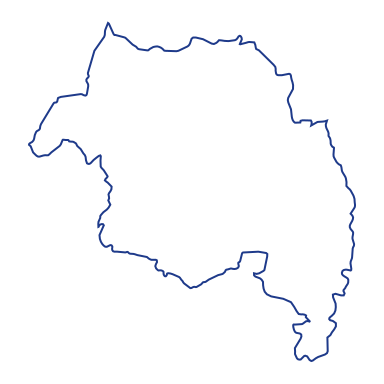 outline of Amhara
{"feature_id": "ETH-3109", "entity_name": "Amhara", "entity_type": "Administrative State", "adm_level": 1, "iso_a3": "ETH", "parent_name": "Ethiopia", "parent_adm1": "", "projection": "albers", "projection_center": [38.049, 11.266], "detail": "fine", "context": "isolated", "style": "outline", "palette": "blue", "viewbox_px": 384, "rotation_deg": 0, "n_neighbors": 0, "source": "natural_earth", "source_scale": "10m", "svg_char_len": 5920}
<svg xmlns="http://www.w3.org/2000/svg" viewBox="0 0 384 384"><path d="M85.3,95.6L86.3,95.2L86.9,93.9L88.2,86.4L88.2,84.8L87.9,83.8L86.4,81.1L86.4,79.6L87.1,78.4L88.1,77.5L88.7,76.5L88.7,75.9L88.0,74.2L87.9,73.0L94.4,50.8L104.2,36.8L104.8,34.9L105.0,31.1L105.3,29.8L108.0,23.0L108.9,23.7L113.5,33.9L114.4,35.0L115.5,35.0L124.1,37.3L125.4,37.8L132.6,44.6L136.2,46.8L137.8,48.7L139.0,49.2L146.7,50.3L148.0,50.4L148.9,49.8L149.7,49.0L153.3,47.0L155.2,46.6L157.2,46.4L158.9,46.8L160.8,47.6L162.5,48.8L164.2,50.6L165.1,50.8L176.4,51.2L178.4,50.8L187.4,46.5L188.5,45.7L189.4,44.6L190.0,43.4L191.6,38.7L193.2,37.5L195.7,37.5L203.0,39.2L211.7,43.6L213.9,44.0L216.1,43.0L217.3,42.1L219.0,40.2L221.4,40.4L224.7,40.9L228.5,41.1L234.9,40.2L236.3,39.5L237.3,38.4L238.6,36.4L239.7,35.8L240.4,36.0L241.1,36.8L241.6,37.9L241.8,39.4L239.8,44.1L240.2,44.3L245.7,42.9L248.3,42.1L249.6,42.0L254.3,42.4L255.3,44.9L255.8,47.8L256.2,49.0L258.9,50.3L273.6,64.8L275.3,66.9L275.7,69.0L275.6,70.3L275.8,71.9L276.1,73.5L276.6,74.4L277.4,75.0L278.6,75.2L281.9,75.2L289.1,73.8L290.3,74.3L290.9,75.6L291.2,77.7L291.7,79.9L292.5,82.3L293.1,85.2L293.0,89.0L288.2,97.9L287.8,100.1L288.3,102.5L291.0,109.3L291.8,116.7L292.1,118.2L292.7,120.0L293.7,121.6L294.8,122.6L295.4,122.7L300.3,122.5L300.6,120.8L302.6,120.3L310.9,120.5L311.5,121.6L311.7,123.0L311.5,124.4L311.2,125.5L317.2,122.1L317.9,121.9L322.6,121.6L324.9,121.3L327.0,120.6L326.0,123.8L325.8,124.5L325.9,126.2L326.4,128.1L328.1,131.6L328.6,133.4L328.5,135.2L328.6,136.1L329.8,137.8L330.2,138.8L330.6,140.8L330.7,143.7L331.0,144.7L331.8,146.0L332.3,146.7L333.9,147.6L334.0,147.9L333.5,154.4L333.6,156.3L334.1,157.6L336.4,161.8L337.6,163.2L339.0,164.4L340.8,165.3L341.4,167.2L341.9,170.7L342.5,172.2L345.3,176.8L345.9,178.4L346.5,182.1L346.4,186.0L348.4,188.2L349.7,189.3L350.7,190.6L353.4,195.5L354.0,197.2L354.5,199.0L354.7,202.2L355.0,204.6L355.0,205.8L354.8,207.0L354.3,208.0L350.6,213.7L352.3,215.5L353.1,217.3L352.9,219.1L352.2,220.9L350.3,224.3L349.8,225.7L349.8,227.2L350.6,229.0L352.7,231.5L353.1,232.4L353.1,233.9L352.5,237.2L352.5,238.8L354.1,244.1L353.9,245.8L353.1,247.3L352.7,248.6L352.1,257.2L351.9,258.4L350.7,261.5L350.5,263.4L351.3,268.7L351.2,270.0L350.7,270.5L346.8,269.7L345.2,269.7L343.6,270.1L342.5,271.0L341.9,272.7L342.0,274.0L342.8,275.2L344.3,276.3L346.3,277.5L347.7,278.5L348.3,279.9L348.2,282.5L347.7,283.9L345.9,286.6L345.3,287.9L343.5,290.2L343.5,291.2L344.3,292.7L344.6,293.5L343.7,295.4L341.1,295.4L335.5,293.8L332.9,294.6L333.1,297.3L335.6,303.6L335.8,307.1L335.4,310.5L334.1,313.5L331.7,315.9L330.3,317.0L329.4,318.0L329.2,319.1L330.1,320.2L332.7,320.9L333.5,321.4L335.9,323.2L335.9,326.4L334.1,329.5L331.9,332.4L330.4,335.1L327.4,337.5L327.7,351.2L327.0,353.1L325.0,354.5L318.1,357.0L315.8,358.3L312.7,360.6L311.3,361.0L309.6,360.0L307.2,356.4L305.2,355.7L304.2,356.0L300.7,359.5L299.3,359.6L298.1,359.3L297.3,358.7L296.8,358.0L295.1,354.3L295.0,353.2L295.1,351.9L294.9,348.1L300.6,338.7L301.4,336.5L301.2,334.5L299.8,333.5L296.2,332.8L294.9,331.7L293.9,329.5L293.3,327.0L293.2,325.1L293.6,324.5L296.2,324.5L302.0,324.1L302.8,323.7L306.0,321.3L307.7,321.0L310.2,321.8L306.3,317.7L305.8,317.1L306.1,315.5L304.7,314.7L302.7,314.3L301.2,314.4L298.7,314.0L296.6,311.1L294.2,306.9L291.0,302.2L283.3,298.8L271.2,296.4L266.9,294.3L264.7,291.7L263.6,288.6L263.1,285.3L263.0,281.9L262.8,281.5L261.6,279.7L260.2,278.5L259.6,278.2L255.4,276.6L254.1,275.4L254.0,273.3L256.6,273.9L259.2,273.3L263.5,270.9L264.4,270.0L267.2,256.4L267.3,254.0L266.1,253.0L258.4,251.7L243.0,252.5L242.3,253.0L242.0,253.7L240.2,260.9L239.8,261.7L239.2,262.2L238.6,262.4L238.3,262.8L238.3,263.8L238.8,265.9L238.7,266.6L237.8,267.9L236.3,268.7L234.6,269.0L233.0,268.9L231.3,268.5L230.7,268.5L228.2,269.3L226.3,269.7L225.6,270.3L225.0,271.8L223.3,273.4L222.8,273.8L222.1,274.1L218.2,275.1L208.8,279.6L205.7,281.8L205.1,282.0L203.2,282.2L202.8,282.5L201.2,284.3L196.5,287.0L195.9,287.1L194.2,286.8L193.3,287.0L191.4,288.0L190.3,288.1L184.1,283.4L183.1,282.2L182.8,281.4L181.2,279.6L179.9,277.7L179.0,277.0L172.6,274.2L170.4,273.5L168.1,273.2L167.1,273.6L166.6,275.4L165.9,276.2L165.2,276.3L164.6,276.0L163.8,274.8L163.6,274.0L163.5,271.8L162.9,271.1L161.9,270.6L160.8,270.3L159.9,270.3L158.7,270.5L158.3,270.4L157.7,270.0L156.1,268.4L155.3,266.1L156.0,264.0L157.0,262.1L156.8,260.3L155.8,259.8L151.4,259.8L150.1,259.3L148.8,258.6L146.9,257.0L137.4,255.1L134.7,254.2L133.3,253.9L130.2,253.7L129.5,253.5L128.9,253.1L127.8,252.0L127.2,251.9L125.6,252.4L125.0,252.4L117.4,251.7L114.4,251.7L113.0,251.2L112.2,249.9L112.1,248.7L112.3,247.5L112.3,246.4L111.6,245.4L110.8,245.1L110.1,245.2L106.8,246.8L105.2,246.7L103.7,245.6L102.2,243.9L100.9,241.7L99.9,238.9L99.5,235.1L103.8,225.3L102.9,224.1L101.5,224.1L100.2,224.6L99.2,225.5L98.6,226.8L98.4,226.9L98.3,223.8L98.5,221.8L100.2,218.0L100.3,216.0L101.2,214.7L103.4,212.2L106.8,209.6L108.6,207.6L110.3,204.7L108.3,200.4L109.1,198.4L109.0,197.0L108.5,194.4L109.2,192.9L110.4,191.3L111.4,189.3L111.6,186.6L107.6,182.5L106.5,181.8L104.9,180.4L105.5,179.0L106.8,177.7L107.6,176.6L107.5,176.1L103.7,170.2L101.5,167.9L100.7,166.6L100.5,160.6L100.8,156.2L100.3,155.4L98.8,155.9L96.3,157.8L93.6,160.0L90.8,163.0L89.6,163.8L88.3,163.9L87.0,163.3L86.0,160.3L85.6,156.9L84.9,155.2L83.3,153.3L80.7,149.1L78.0,146.7L77.1,145.8L76.3,144.0L75.7,143.2L74.1,142.3L73.8,142.0L72.8,141.7L70.9,141.6L69.2,141.4L68.4,140.1L67.8,140.0L65.8,140.0L63.0,139.7L62.6,140.0L60.8,144.4L59.7,145.9L51.3,152.4L49.7,154.0L48.3,155.2L47.0,155.3L45.1,155.2L43.3,155.5L39.6,156.6L38.1,156.6L36.6,155.8L35.0,154.3L33.1,152.4L30.7,146.3L29.0,144.8L29.2,143.9L29.8,143.3L32.2,141.9L33.5,140.4L34.1,138.8L34.8,135.1L36.0,132.2L36.5,131.5L37.2,130.9L38.6,130.2L39.3,129.6L39.9,128.7L40.3,126.0L41.0,124.1L53.5,103.5L54.1,102.8L54.7,102.6L56.0,102.5L56.5,102.3L57.2,101.5L58.0,98.1L58.2,97.9L60.9,96.9L80.7,94.1L82.1,94.3L83.5,95.1L85.3,95.6Z" fill="none" stroke="#1e3a8a" stroke-width="2"/></svg>